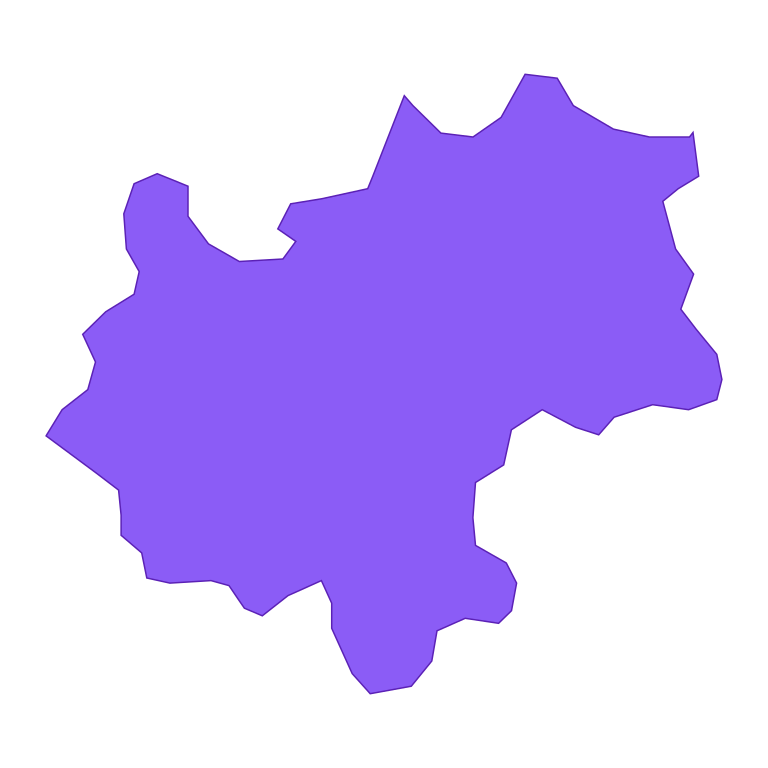 Haman-gun, South Gyeongsang, South Korea (Robinson projection)
{"feature_id": "91817680B30389585516178", "entity_name": "Haman-gun", "entity_type": "district", "adm_level": 2, "iso_a3": "KOR", "parent_name": "South Korea", "parent_adm1": "South Gyeongsang", "projection": "robinson", "projection_center": [128.43, 35.28], "detail": "fine", "context": "isolated", "style": "filled", "palette": "violet", "viewbox_px": 768, "rotation_deg": 0, "n_neighbors": 0, "source": "geoboundaries", "source_scale": "gbopen_adm2", "svg_char_len": 1129}
<svg xmlns="http://www.w3.org/2000/svg" viewBox="0 0 768 768"><path d="M404.3,95.7L372.8,176.2L367.7,188.7L321.5,198.8L290.7,203.8L277.8,228.9L295.8,241.4L282.9,259.0L239.3,261.5L208.5,243.9L188.0,216.3L188.0,186.2L157.2,173.7L134.1,183.7L123.8,213.8L126.4,249.0L139.2,271.6L134.1,294.2L105.8,311.7L82.7,334.3L95.5,362.0L87.8,389.6L62.1,409.7L46.7,434.8L46.1,435.9L95.5,472.5L118.6,490.1L121.1,515.2L121.1,535.3L141.7,552.9L146.8,578.0L169.9,583.1L211.0,580.6L229.0,585.6L238.4,599.5L244.4,608.2L262.3,615.8L288.0,595.6L321.4,580.6L331.7,603.2L331.7,628.3L352.2,673.6L370.2,693.7L411.3,686.2L431.8,661.0L437.0,630.8L465.2,618.3L498.6,623.3L511.5,610.7L516.6,583.1L506.3,563.0L475.5,545.4L472.9,517.7L475.5,482.5L503.7,464.9L511.4,429.8L542.2,409.7L575.6,427.3L598.7,434.8L614.1,417.2L652.6,404.7L688.6,409.7L716.8,399.6L721.9,379.5L716.8,354.4L696.2,329.3L680.8,309.2L693.6,274.1L675.6,249.0L662.8,201.3L678.2,188.7L698.7,176.2L693.0,132.5L689.5,137.0L649.4,137.0L613.4,129.1L573.3,105.6L557.2,78.2L525.1,74.3L501.1,117.4L473.0,137.0L440.9,133.1L412.9,105.6L404.3,95.7Z" fill="#8b5cf6" stroke="#5b21b6" stroke-width="1.5"/></svg>